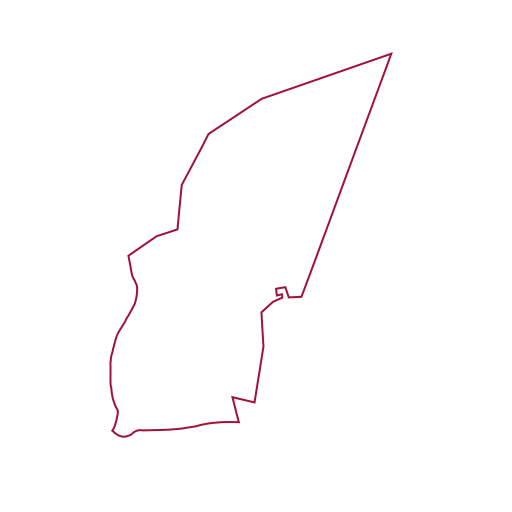 Al Hazm, Al Jawf, Yemen, rotated 253°
{"feature_id": "15242507B39444871450258", "entity_name": "Al Hazm", "entity_type": "district", "adm_level": 2, "iso_a3": "YEM", "parent_name": "Yemen", "parent_adm1": "Al Jawf", "projection": "robinson", "projection_center": [44.848, 16.077], "detail": "fine", "context": "isolated", "style": "outline", "palette": "rose", "viewbox_px": 512, "rotation_deg": 253, "n_neighbors": 0, "source": "geoboundaries", "source_scale": "gbopen_adm2", "svg_char_len": 2329}
<svg xmlns="http://www.w3.org/2000/svg" viewBox="0 0 512 512"><g transform="rotate(253 256 256)"><path d="M130.9,67.5L130.0,68.1L127.0,70.0L124.2,72.5L122.6,74.9L121.8,76.8L121.7,77.4L121.4,78.9L121.4,82.0L121.8,84.6L123.2,87.5L123.7,90.2L123.7,92.5L123.2,94.8L122.3,96.8L119.6,106.5L117.3,114.7L115.4,121.8L114.3,127.0L114.0,128.0L112.6,135.0L111.8,141.2L111.1,145.7L110.7,149.2L110.6,154.0L109.9,160.6L109.2,165.0L108.1,170.3L106.9,175.5L104.7,182.9L102.2,190.8L102.1,191.0L109.5,191.3L127.9,192.2L125.5,196.2L116.4,211.8L135.3,221.0L142.0,224.3L142.7,224.7L147.2,226.9L147.9,227.2L148.1,227.3L149.7,228.1L151.8,229.1L155.2,230.8L157.3,231.8L165.9,236.0L167.3,236.7L170.4,237.4L170.8,237.5L179.8,239.7L186.1,241.2L187.7,241.6L191.7,242.6L192.3,242.7L194.3,243.2L195.0,243.4L199.7,244.5L200.5,244.7L203.2,250.4L204.2,252.4L204.3,252.6L206.6,257.6L207.2,258.8L207.8,263.3L207.9,264.0L208.4,268.9L208.6,268.9L210.6,269.4L211.8,269.6L212.1,264.4L218.8,265.6L218.1,271.1L217.6,274.9L209.2,275.2L207.0,275.2L207.0,275.3L206.8,275.3L206.7,275.8L204.2,285.5L204.3,285.6L203.6,287.4L207.8,290.7L213.7,295.2L221.2,301.0L233.1,310.1L255.2,326.9L277.7,344.0L281.8,347.1L312.2,370.2L326.0,380.7L400.8,437.7L409.9,444.5L404.7,307.4L397.5,283.2L396.2,278.8L392.5,266.3L388.3,252.0L388.1,251.5L386.8,247.1L386.6,246.3L377.1,237.2L363.2,223.3L359.8,219.9L356.9,217.0L345.6,205.7L329.9,199.2L321.0,195.5L304.4,188.7L304.0,166.9L302.0,160.5L293.6,134.1L281.7,132.8L278.9,132.4L276.9,132.2L275.1,132.0L273.7,131.9L272.8,131.9L271.8,132.1L270.8,132.1L269.4,132.5L268.4,132.8L267.3,132.9L266.0,133.0L263.7,133.4L261.6,133.3L259.1,132.7L256.0,131.6L252.1,129.9L249.7,128.6L247.5,127.2L245.6,126.0L242.9,123.3L239.9,120.3L236.4,116.6L233.4,113.2L231.4,111.5L229.4,109.2L227.6,107.2L226.3,105.6L224.9,104.0L223.4,102.3L221.9,100.9L219.7,99.0L217.5,97.6L215.2,96.1L212.0,94.1L211.8,94.0L209.1,92.3L206.5,90.9L204.5,89.5L202.7,88.4L200.6,87.3L198.4,86.5L195.9,85.4L192.3,84.4L188.4,83.2L185.3,82.3L182.8,81.4L180.8,80.9L179.0,80.3L177.0,79.7L175.0,79.2L173.3,79.2L170.9,78.8L167.6,78.1L165.3,77.8L163.5,77.6L161.3,77.4L159.5,77.4L157.5,77.5L155.4,77.5L153.7,77.7L152.1,77.9L150.7,78.3L149.6,78.5L147.9,78.5L145.7,77.7L142.5,76.0L139.4,74.3L136.6,72.5L134.5,71.1L132.6,69.3L131.0,67.7L130.9,67.5Z" fill="none" stroke="#9f1239" stroke-width="2"/></g></svg>